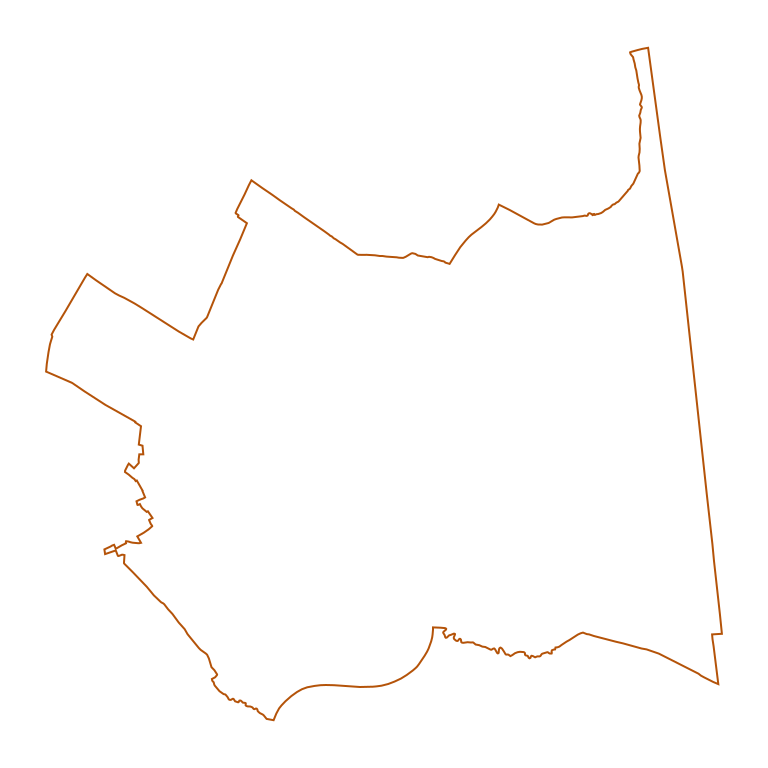 Mueang Pathum Thani, Pathum Thani, Thailand (Robinson projection)
{"feature_id": "78962969B64886483161753", "entity_name": "Mueang Pathum Thani", "entity_type": "district", "adm_level": 2, "iso_a3": "THA", "parent_name": "Thailand", "parent_adm1": "Pathum Thani", "projection": "robinson", "projection_center": [100.542, 14.005], "detail": "fine", "context": "isolated", "style": "outline", "palette": "amber", "viewbox_px": 768, "rotation_deg": 0, "n_neighbors": 0, "source": "geoboundaries", "source_scale": "gbopen_adm2", "svg_char_len": 6079}
<svg xmlns="http://www.w3.org/2000/svg" viewBox="0 0 768 768"><path d="M721.9,633.8L719.9,614.1L714.0,561.0L712.4,544.0L706.8,494.4L682.7,271.7L681.9,266.4L664.9,170.1L660.2,136.8L648.1,47.8L642.2,48.9L637.8,50.0L631.7,51.7L630.1,52.3L630.1,52.7L630.7,54.3L633.1,57.2L633.5,59.3L634.7,63.5L635.3,67.3L636.3,70.5L637.5,78.3L638.4,82.8L638.9,84.4L639.0,85.3L638.7,86.9L638.8,88.0L639.6,90.5L641.4,94.9L641.8,96.6L641.8,98.2L641.4,100.2L640.0,104.4L640.3,105.1L641.6,106.7L641.8,107.7L640.8,109.9L640.3,112.7L639.2,115.7L639.5,117.1L640.5,119.3L640.7,120.6L640.6,122.8L640.1,126.3L639.9,129.1L640.0,131.7L640.6,137.9L639.4,143.7L639.7,148.9L639.5,152.4L638.7,155.7L638.5,157.5L639.4,165.5L639.7,171.0L639.0,172.6L637.9,173.6L633.3,183.7L631.4,185.9L630.0,188.6L628.1,190.0L627.8,190.8L618.8,201.2L618.1,201.8L616.4,202.6L614.6,204.2L613.3,204.4L612.7,204.8L611.6,205.7L610.8,206.9L608.5,208.4L605.2,209.9L602.9,211.9L601.2,213.0L598.3,214.0L596.5,214.2L594.9,214.9L594.6,214.7L594.2,214.0L593.4,214.1L593.3,214.4L593.3,214.9L592.5,215.1L592.0,214.3L590.1,213.3L589.2,213.2L588.3,213.8L587.7,215.4L586.8,215.9L584.6,215.6L582.7,216.1L572.1,217.4L564.7,217.3L561.9,217.5L556.5,218.9L554.2,219.7L548.6,223.0L542.2,224.6L538.0,224.5L535.7,224.0L534.1,223.3L509.7,210.0L498.8,204.6L497.8,207.5L495.7,211.7L494.2,214.1L492.2,216.7L489.8,219.5L485.8,223.4L481.6,226.9L471.4,234.7L468.7,237.2L465.7,240.5L460.3,247.1L455.0,255.2L449.6,263.9L445.3,262.6L444.5,261.7L443.5,261.3L441.7,261.0L435.1,258.9L434.1,258.4L433.8,258.1L431.5,257.2L429.0,256.8L427.7,257.2L417.8,255.5L415.4,253.9L412.4,253.2L411.8,253.3L411.0,253.6L405.7,256.8L403.4,257.8L402.8,257.9L398.9,257.7L396.7,257.3L386.5,256.6L382.5,256.0L379.8,256.0L375.0,255.3L366.3,254.8L364.8,254.9L358.1,254.8L357.3,254.5L342.5,243.8L340.2,242.5L335.5,239.2L333.9,238.4L331.6,236.3L330.3,235.8L328.8,234.5L324.4,231.3L304.2,217.3L298.0,212.8L294.8,210.8L293.8,209.6L291.6,208.3L279.6,200.1L272.1,194.7L262.4,188.1L251.4,180.3L248.8,185.3L244.6,194.4L237.2,209.1L235.6,212.9L235.8,213.4L238.4,215.1L238.5,215.4L237.9,216.5L238.0,217.0L238.3,217.2L246.9,223.2L240.2,239.3L232.9,255.6L221.8,282.9L221.6,283.5L221.1,284.0L218.2,289.7L207.1,317.1L206.6,317.9L201.7,322.7L198.5,326.4L193.2,339.5L190.7,338.4L178.9,331.6L141.6,307.8L134.6,303.5L128.6,300.2L124.2,297.8L119.1,295.5L115.0,293.3L96.2,280.4L87.3,274.0L85.0,277.6L65.5,311.0L54.1,329.8L51.6,334.6L52.3,336.7L51.0,340.8L50.0,344.2L48.5,352.2L46.8,363.8L46.1,371.6L72.1,382.9L84.4,391.3L105.4,404.9L134.8,421.4L135.4,421.8L135.2,422.4L141.0,426.2L138.8,444.6L142.5,445.7L143.3,454.3L139.3,454.3L138.6,459.8L138.8,462.6L138.7,463.1L134.0,468.3L128.8,463.6L128.0,464.8L125.1,470.6L125.0,472.0L128.7,474.6L132.4,477.8L134.4,479.1L135.7,481.1L136.8,480.5L142.6,490.7L142.4,490.9L145.1,497.4L143.4,498.4L139.5,499.8L136.5,501.3L137.4,504.8L137.8,505.0L139.9,504.1L141.1,506.5L142.4,508.3L146.7,511.9L147.9,511.3L152.5,518.0L149.1,519.9L149.1,520.1L150.7,523.8L152.1,525.7L152.2,526.2L148.8,529.2L143.8,532.7L137.3,536.4L141.0,542.8L139.3,543.2L138.2,543.2L132.6,542.7L130.4,542.2L128.7,541.6L126.1,541.2L125.8,542.2L126.0,543.3L121.8,545.3L115.8,548.8L114.1,544.8L113.8,544.9L112.0,545.6L110.6,546.5L104.4,549.4L105.1,554.1L115.6,550.5L115.9,550.8L117.8,555.6L118.2,556.0L119.2,555.8L122.0,554.7L123.3,554.8L124.5,555.1L124.0,562.5L124.0,563.2L124.4,563.8L132.9,572.3L146.8,586.8L153.9,595.4L160.5,601.7L161.3,602.4L163.1,603.3L164.2,604.2L168.1,609.3L172.4,613.9L178.7,622.5L184.7,629.2L187.5,634.1L188.7,635.6L198.9,648.1L200.7,649.9L205.8,653.5L207.1,654.7L208.9,658.5L211.5,667.2L214.4,670.2L217.1,674.4L216.9,675.2L215.1,677.3L211.9,679.0L212.2,680.5L212.6,681.2L213.7,682.3L214.2,684.4L214.7,685.5L219.5,691.2L223.6,694.1L225.1,694.4L225.6,694.7L227.6,697.1L228.7,699.2L229.3,699.7L230.1,699.9L231.0,699.8L232.7,698.8L233.2,698.8L233.7,699.1L235.1,701.3L238.1,702.3L238.7,702.0L239.3,700.7L239.9,700.5L240.7,700.6L241.4,701.1L242.8,702.6L245.1,702.9L245.6,703.1L245.8,703.7L245.6,705.2L245.9,705.6L246.4,706.0L247.7,706.4L250.2,706.5L251.6,707.0L252.5,707.5L253.6,708.9L254.1,709.1L254.6,709.1L256.0,708.5L256.7,708.7L257.3,709.4L257.7,711.0L258.5,711.9L259.9,713.1L262.7,714.5L263.7,715.3L266.6,718.9L273.6,720.2L276.3,713.6L279.1,708.4L281.5,705.4L285.5,701.2L291.3,696.1L297.0,692.0L302.0,689.2L307.2,687.3L314.7,685.9L320.5,685.2L325.8,685.0L334.0,685.2L359.9,687.0L372.9,686.7L376.3,686.4L381.5,685.7L388.2,684.0L394.5,681.6L400.9,678.6L406.7,675.0L412.8,670.5L415.7,668.0L417.1,666.6L419.0,664.1L424.6,655.8L427.1,651.6L428.6,648.5L431.2,641.3L432.2,637.3L432.6,634.4L433.0,629.8L433.0,627.4L440.5,627.7L445.0,628.1L445.9,628.5L446.2,628.9L446.0,629.6L443.5,631.8L443.2,632.6L443.4,633.2L444.6,635.0L445.3,637.3L445.9,637.8L446.9,637.5L449.2,635.3L450.5,635.0L453.7,633.7L454.4,633.7L454.9,633.9L455.0,634.5L453.8,637.3L453.8,638.2L454.2,639.1L456.1,640.7L457.2,641.0L458.0,640.7L459.3,639.0L459.8,638.8L460.3,638.9L460.9,639.6L461.3,642.1L462.1,642.7L463.5,642.8L467.6,642.2L470.9,642.5L472.9,642.4L473.5,642.7L475.6,644.5L479.3,645.2L482.3,646.6L485.3,647.0L490.5,649.6L491.5,649.7L493.3,648.6L494.3,648.5L495.0,649.2L497.1,652.9L497.8,653.4L498.4,653.2L498.7,652.5L498.9,650.0L499.3,648.5L500.0,647.8L500.6,647.6L502.0,648.6L504.0,651.6L505.6,654.3L506.2,654.6L507.7,654.5L508.5,654.7L510.4,656.1L512.3,655.1L515.0,653.2L517.6,652.2L520.0,651.8L523.8,652.1L524.7,652.7L525.0,653.5L525.0,654.6L525.3,655.1L526.0,655.5L527.2,655.7L527.7,655.9L528.7,657.8L529.5,658.3L530.4,657.9L531.0,656.3L531.5,655.8L532.7,656.0L535.1,657.3L537.3,656.4L539.6,656.4L540.4,656.0L541.7,654.1L542.3,653.7L547.3,652.2L547.9,652.3L548.9,653.1L549.8,653.5L551.6,653.5L551.8,653.0L551.6,651.2L551.9,650.3L553.6,649.6L555.1,649.4L555.5,647.5L557.5,647.3L559.4,646.6L561.5,645.0L566.6,641.6L569.5,640.0L577.8,634.6L580.6,633.3L583.0,632.6L586.8,634.1L589.1,634.4L593.9,636.0L615.8,641.7L623.1,643.4L641.5,648.5L646.6,649.4L658.8,653.6L698.5,673.7L700.9,675.6L704.0,677.3L713.3,682.0L718.3,684.1L713.6,646.3L712.5,639.1L712.1,634.4L721.9,633.8Z" fill="none" stroke="#b45309" stroke-width="2"/></svg>